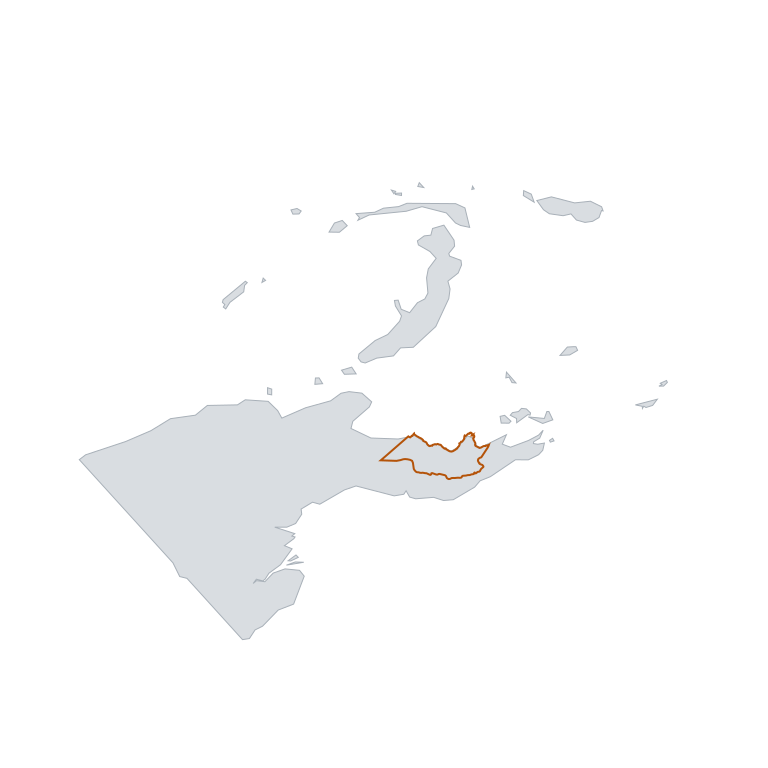 location of Northern within Papua New Guinea, rotated 319°
{"feature_id": "PNG-1256", "entity_name": "Northern", "entity_type": "Province", "adm_level": 1, "iso_a3": "PNG", "parent_name": "Papua New Guinea", "parent_adm1": "", "projection": "albers", "projection_center": [148.587, -8.98], "detail": "fine", "context": "in_parent", "style": "outline", "palette": "amber", "viewbox_px": 768, "rotation_deg": 319, "n_neighbors": 0, "source": "natural_earth", "source_scale": "10m", "svg_char_len": 7165}
<svg xmlns="http://www.w3.org/2000/svg" viewBox="0 0 768 768"><g transform="rotate(319 384 384)"><path d="M109.5,484.1L107.8,401.4L103.5,395.3L107.4,380.5L104.4,241.2L112.4,241.7L151.2,257.9L177.4,266.3L200.1,270.1L221.2,283.8L236.6,284.3L259.7,303.6L268.9,304.9L285.2,321.1L286.3,334.3L284.5,342.7L309.2,350.5L332.7,361.7L345.5,362.8L352.6,366.8L361.3,376.4L363.0,389.4L357.9,391.7L336.0,391.7L329.9,395.9L338.7,416.2L358.6,434.8L373.5,443.3L378.0,460.1L385.5,465.3L390.4,478.7L398.1,480.1L413.1,478.0L415.6,483.6L413.3,492.0L415.5,495.4L443.1,502.6L433.8,507.0L438.0,514.7L456.0,521.4L467.1,524.0L473.8,523.3L466.0,527.0L459.0,525.8L457.7,527.0L460.5,530.3L466.3,533.8L460.3,538.2L454.3,538.8L443.1,535.9L433.5,527.4L403.4,523.7L393.0,520.1L384.8,521.3L360.4,516.8L352.5,511.0L347.1,502.1L332.6,491.4L329.2,486.2L330.6,479.1L326.6,480.2L318.3,475.1L296.0,442.6L284.7,438.0L256.7,432.6L252.5,426.3L239.4,424.0L236.5,428.3L225.8,431.3L216.7,428.3L207.6,420.4L218.5,438.4L214.7,438.3L216.5,441.1L214.5,441.6L202.8,440.7L206.5,448.1L187.3,452.5L173.0,451.3L166.2,453.3L163.4,453.1L159.6,447.6L154.4,448.7L158.8,448.8L164.4,455.1L176.3,454.0L188.0,458.6L198.0,469.2L197.7,476.7L171.4,490.8L155.9,485.2L133.4,487.1L125.4,485.0L115.4,487.8L109.5,484.1ZM511.5,298.6L517.0,302.4L522.7,298.5L533.4,303.4L531.2,321.4L527.7,326.3L518.5,328.0L517.4,330.6L523.2,341.2L520.7,345.0L512.8,348.9L499.7,348.3L496.2,355.6L489.0,362.0L460.8,374.6L430.2,375.5L420.2,367.6L409.6,369.0L395.5,359.7L383.6,355.8L381.2,352.3L381.5,347.6L384.8,344.9L405.9,345.4L419.3,349.1L437.0,346.9L441.9,344.1L443.8,332.6L446.7,327.8L449.7,330.0L446.0,338.9L450.1,347.0L462.6,344.6L470.6,346.6L476.8,344.2L485.8,331.8L492.9,326.2L505.8,323.4L505.6,314.2L501.2,301.6L503.1,297.9L511.5,298.6ZM664.5,393.0L662.9,397.1L662.0,395.8L655.5,399.4L648.2,398.1L641.7,393.9L636.8,386.5L636.7,378.3L629.6,374.5L620.5,364.0L618.7,357.1L619.7,345.8L633.1,352.6L646.7,372.4L659.7,381.5L664.5,393.0ZM560.6,304.2L551.4,322.0L545.8,314.6L543.6,309.4L543.3,295.8L529.0,275.1L514.1,268.2L483.7,246.7L471.7,243.3L474.7,242.3L474.7,237.1L489.7,248.3L499.0,251.0L511.4,259.7L519.9,262.7L556.4,294.9L560.6,304.2ZM317.9,214.8L346.8,215.5L347.3,217.8L343.5,218.1L338.6,222.4L321.3,221.3L313.8,223.5L313.2,220.5L316.0,219.6L315.6,216.4L317.9,214.8ZM462.2,489.9L467.4,493.0L471.8,492.6L475.1,496.2L475.6,502.0L473.8,503.3L472.5,501.5L458.7,500.3L461.4,497.0L458.8,490.4L462.2,489.9ZM460.1,240.4L449.9,240.2L442.2,233.3L452.2,230.0L459.8,233.2L460.1,240.4ZM482.4,515.2L488.9,511.6L490.4,512.9L487.9,521.8L477.9,517.9L471.3,503.5L482.4,515.2ZM535.6,477.9L546.6,476.4L551.8,480.4L553.3,481.8L552.2,485.6L543.2,483.9L535.6,477.9ZM560.0,564.7L580.3,574.8L572.7,576.4L566.3,573.6L565.5,571.2L563.0,572.0L564.3,570.3L560.0,564.7ZM369.6,358.1L360.5,350.7L361.0,345.7L370.7,350.1L369.6,358.1ZM455.4,495.4L452.7,495.6L446.8,490.4L450.4,484.6L454.5,486.8L455.4,495.4ZM616.6,345.3L612.8,333.2L616.3,329.7L619.7,337.3L616.6,345.3ZM337.9,343.5L331.6,338.9L336.2,334.5L339.0,336.8L337.9,343.5ZM435.0,199.1L431.4,199.9L426.7,196.0L428.0,191.6L433.5,194.5L435.0,199.1ZM295.9,314.2L292.1,318.5L289.5,315.2L293.7,310.4L295.9,314.2ZM484.2,455.4L484.3,469.8L481.5,466.9L482.9,461.0L480.0,459.3L484.2,455.4ZM200.3,460.1L206.5,465.9L191.5,456.7L200.3,460.1ZM205.6,458.6L197.4,456.3L195.7,454.5L205.4,455.3L205.6,458.6ZM599.5,566.7L598.9,568.7L593.6,569.0L590.1,566.0L593.5,566.8L593.0,564.7L599.5,566.7ZM542.7,255.2L542.9,261.8L539.1,257.1L542.7,255.2ZM522.5,251.4L520.9,253.2L517.0,248.5L517.8,247.6L522.5,251.4ZM475.6,535.6L475.0,538.5L471.4,537.0L471.9,535.1L475.6,535.6ZM519.2,246.3L516.3,247.0L516.8,242.5L519.2,246.3ZM362.3,224.8L362.6,228.1L358.5,227.3L362.3,224.8ZM580.6,292.8L580.1,295.9L577.9,294.8L580.6,292.8Z" fill="#d9dde1" stroke="#a8b0b8" stroke-width="1"/><path d="M368.0,439.5L368.4,440.9L368.8,441.5L369.5,441.5L370.3,441.4L370.9,441.3L371.3,441.7L371.7,441.5L372.1,441.5L373.0,441.5L373.2,441.3L373.8,441.1L374.2,441.1L373.9,441.6L373.9,442.2L374.7,445.6L375.2,446.5L375.4,447.5L376.1,448.9L376.4,449.8L376.6,450.8L376.7,451.9L376.3,452.8L377.4,455.1L377.6,455.9L377.5,456.5L377.1,457.9L377.1,458.6L377.2,459.4L377.3,460.1L377.6,460.7L378.2,461.1L379.5,461.7L379.9,462.2L380.8,461.9L381.5,462.2L382.1,462.5L382.6,462.7L382.9,462.8L383.1,463.0L383.4,463.3L383.5,463.6L383.7,463.9L385.0,464.3L385.3,464.6L385.7,465.6L386.1,466.1L386.6,466.7L386.9,467.3L386.8,469.9L387.2,472.4L387.4,472.7L387.8,472.8L388.0,472.9L388.3,473.1L388.3,473.4L388.3,473.6L388.1,474.0L388.1,474.4L388.4,474.8L388.5,475.1L388.9,476.6L389.5,478.0L390.5,479.2L391.8,479.9L395.0,480.5L396.3,480.4L396.9,480.7L397.2,480.5L398.8,480.1L399.4,480.1L399.9,480.0L400.3,479.9L401.1,479.4L401.5,479.1L401.8,478.7L401.9,478.3L402.2,478.4L402.9,478.4L403.7,478.4L404.2,478.1L405.0,478.7L406.0,478.6L408.4,478.1L408.6,478.0L408.7,477.9L408.8,477.8L408.9,477.4L409.1,477.3L409.3,477.2L409.6,477.1L410.1,476.4L410.5,476.1L411.1,475.8L411.5,476.9L414.8,476.7L415.6,477.4L416.0,477.2L416.3,477.1L416.5,477.3L416.6,477.7L416.9,477.7L417.2,477.4L417.6,477.6L417.8,478.1L417.9,478.5L417.8,479.0L417.6,479.5L417.1,480.2L417.3,480.3L417.5,480.4L417.9,480.5L417.3,480.7L417.0,480.7L416.6,480.7L417.1,481.2L417.8,481.3L418.3,481.5L418.1,482.2L417.8,482.8L417.1,483.3L416.5,483.5L415.9,483.3L415.6,483.6L415.0,484.7L414.8,485.2L414.8,486.0L414.4,487.2L414.3,488.0L414.1,488.6L412.8,489.7L412.5,490.6L412.7,491.4L413.4,492.9L413.6,493.7L414.2,495.0L415.5,495.6L418.1,496.1L419.1,496.6L419.3,496.8L419.7,497.2L419.9,497.4L420.1,497.4L420.5,497.3L421.1,497.8L422.4,498.4L422.1,498.9L422.6,499.0L422.8,499.0L422.3,499.3L420.6,500.0L409.5,503.1L409.2,503.1L407.9,502.6L407.3,502.5L406.4,502.5L405.9,502.5L405.5,502.7L404.9,503.2L404.7,503.4L404.5,503.6L404.4,504.0L404.2,504.6L404.1,504.9L404.2,506.2L403.8,506.4L403.8,506.6L403.8,506.9L403.9,507.2L404.0,507.6L404.9,509.2L405.1,509.6L405.1,510.1L405.1,510.8L405.0,511.2L404.9,511.5L404.7,511.7L404.3,511.8L403.8,511.8L401.8,511.8L401.3,511.9L400.1,512.3L399.2,512.7L398.8,512.7L398.3,512.6L397.4,512.0L397.0,511.8L396.4,511.7L395.3,511.8L394.8,511.7L394.5,511.5L394.4,511.2L394.4,510.8L394.4,510.6L394.4,510.4L394.2,510.2L393.8,510.2L393.5,510.4L393.2,510.6L392.9,510.8L392.7,510.8L392.4,510.7L392.2,510.6L391.0,509.8L390.5,509.5L389.5,509.2L388.9,508.9L387.4,507.7L385.8,506.9L383.3,505.0L382.8,504.9L382.3,504.9L381.8,505.1L381.4,505.3L381.0,505.3L380.5,505.1L379.9,504.7L377.9,502.9L375.6,501.3L374.8,500.5L373.6,499.5L373.1,499.3L371.5,498.9L371.0,498.6L370.4,498.1L369.9,497.0L369.8,496.3L369.9,495.6L370.3,494.5L370.4,493.9L370.3,493.3L370.0,492.6L367.0,488.4L366.4,487.9L366.0,487.7L365.3,487.6L365.0,487.5L364.7,487.3L364.4,487.0L363.9,486.4L362.0,483.0L361.5,482.6L361.3,482.5L361.1,482.5L360.7,482.9L360.4,483.0L360.0,483.1L359.6,483.1L359.2,482.8L358.9,482.3L357.6,479.4L357.4,479.1L357.1,478.8L356.6,478.4L355.3,476.7L354.7,476.1L354.0,475.7L353.5,475.2L352.9,474.6L352.3,473.5L351.1,472.3L350.8,471.8L350.6,471.2L350.5,469.4L350.6,468.7L350.8,467.6L354.1,462.5L354.8,460.4L353.9,458.3L352.4,456.3L350.7,454.5L349.1,453.4L346.4,452.2L343.0,450.2L331.5,439.5L368.0,439.5Z" fill="none" stroke="#b45309" stroke-width="2"/></g></svg>